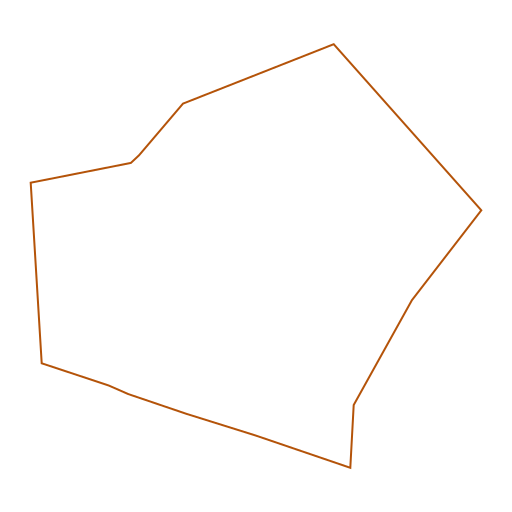 outline of Jargalant, Hovd, Mongolia
{"feature_id": "93677404B42040735626844", "entity_name": "Jargalant", "entity_type": "district", "adm_level": 2, "iso_a3": "MNG", "parent_name": "Mongolia", "parent_adm1": "Hovd", "projection": "albers", "projection_center": [91.642, 48.006], "detail": "fine", "context": "isolated", "style": "outline", "palette": "amber", "viewbox_px": 512, "rotation_deg": 0, "n_neighbors": 0, "source": "geoboundaries", "source_scale": "gbopen_adm2", "svg_char_len": 314}
<svg xmlns="http://www.w3.org/2000/svg" viewBox="0 0 512 512"><path d="M379.0,95.2L333.7,44.2L183.0,103.6L139.1,155.2L130.9,162.9L30.7,182.7L41.7,363.3L108.7,385.5L128.3,394.1L186.6,413.9L255.3,435.4L350.3,467.8L353.7,405.0L411.9,300.2L481.3,210.3L379.0,95.2Z" fill="none" stroke="#b45309" stroke-width="2"/></svg>